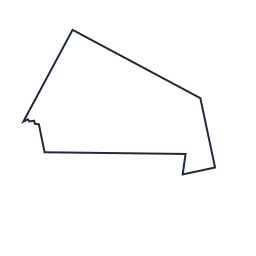 Live Oak, Texas, United States of America, rotated 118°
{"feature_id": "52423323B21847190963699", "entity_name": "Live Oak", "entity_type": "district", "adm_level": 2, "iso_a3": "USA", "parent_name": "United States of America", "parent_adm1": "Texas", "projection": "orthographic", "projection_center": [-98.0, 28.422], "detail": "fine", "context": "isolated", "style": "outline", "palette": "slate", "viewbox_px": 256, "rotation_deg": 118, "n_neighbors": 0, "source": "geoboundaries", "source_scale": "gbopen_adm2", "svg_char_len": 339}
<svg xmlns="http://www.w3.org/2000/svg" viewBox="0 0 256 256"><g transform="rotate(118 128 128)"><path d="M171.5,223.4L167.3,220.5L168.6,218.4L165.6,214.2L168.0,212.3L166.6,208.4L186.5,192.0L188.6,190.3L123.9,65.0L143.3,57.9L122.0,32.6L67.7,78.1L67.4,223.0L90.2,223.1L171.5,223.4Z" fill="none" stroke="#1e293b" stroke-width="2"/></g></svg>